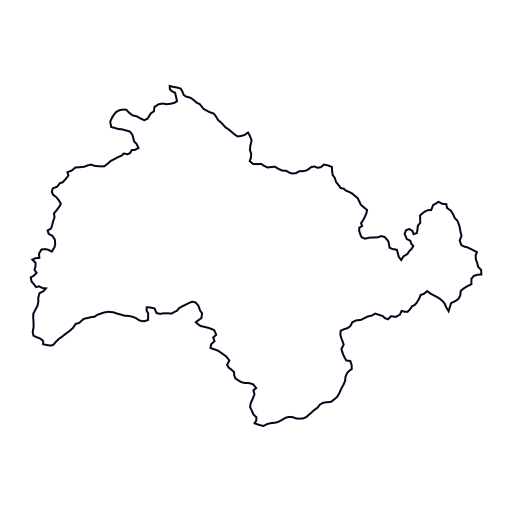 Lima Duarte, Minas Gerais, Brazil (Mercator projection)
{"feature_id": "56859067B81519323949553", "entity_name": "Lima Duarte", "entity_type": "district", "adm_level": 2, "iso_a3": "BRA", "parent_name": "Brazil", "parent_adm1": "Minas Gerais", "projection": "mercator", "projection_center": [-43.877, -21.8], "detail": "fine", "context": "isolated", "style": "outline", "palette": "ink", "viewbox_px": 512, "rotation_deg": 0, "n_neighbors": 0, "source": "geoboundaries", "source_scale": "gbopen_adm2", "svg_char_len": 5450}
<svg xmlns="http://www.w3.org/2000/svg" viewBox="0 0 512 512"><path d="M39.0,253.6L39.3,257.9L35.6,258.2L32.4,259.6L35.6,262.9L35.5,266.4L34.5,269.8L36.6,272.8L33.9,275.6L30.7,277.4L31.6,281.6L34.2,284.6L36.0,287.1L39.1,286.3L42.6,288.1L45.9,288.4L43.6,291.1L39.5,293.2L38.3,297.5L38.3,301.8L37.5,305.8L35.2,310.1L33.3,313.7L33.2,317.7L33.5,321.5L33.6,326.9L32.7,332.0L33.4,335.6L36.1,337.0L39.7,338.3L43.1,340.8L43.2,344.3L46.8,345.0L50.1,345.6L53.2,345.0L55.5,342.2L58.8,339.0L62.4,336.4L65.6,333.8L69.3,331.2L72.9,328.0L75.6,323.9L79.4,322.8L81.5,320.8L83.9,318.8L87.5,318.0L90.9,317.2L94.5,316.7L97.2,314.9L99.8,313.9L104.1,312.5L108.3,311.8L113.3,312.3L117.4,313.7L120.9,314.6L124.4,315.7L128.3,315.9L132.4,316.7L135.9,318.1L139.0,320.2L141.9,321.1L144.9,321.1L148.1,319.9L148.1,316.5L148.2,313.5L146.6,310.5L146.7,307.3L150.3,307.5L154.5,308.4L156.6,313.1L160.4,313.9L163.3,313.3L168.0,313.3L171.5,313.6L174.3,312.0L177.0,310.7L179.1,308.1L182.3,306.3L185.8,304.6L189.4,302.8L192.2,301.7L195.6,302.5L198.4,305.7L200.0,310.4L202.1,313.3L201.4,318.0L198.2,320.4L195.8,322.2L198.2,324.4L200.8,326.1L204.6,326.9L209.0,328.0L214.2,330.1L216.2,334.8L213.2,337.5L214.5,341.2L211.2,344.2L210.5,348.0L213.9,349.2L217.9,350.6L221.7,353.2L226.4,356.6L229.3,360.5L227.1,364.9L228.7,367.6L231.5,369.7L234.0,372.1L234.2,375.2L235.4,378.4L238.8,380.7L241.4,382.2L245.0,383.0L249.2,383.1L253.1,384.3L256.2,388.1L253.4,390.3L254.5,394.3L252.6,399.0L250.7,403.2L250.1,407.1L251.6,410.3L253.6,414.7L256.3,417.1L256.4,420.3L254.6,423.3L258.5,424.7L263.3,426.0L267.4,424.0L270.5,423.2L274.2,422.8L277.3,422.2L279.8,421.1L282.8,419.4L285.8,417.7L288.9,416.9L292.9,417.2L296.0,418.4L298.9,418.7L303.2,418.4L306.4,417.0L308.6,415.0L311.2,412.8L314.0,410.2L317.6,407.6L320.0,404.5L323.3,402.7L327.2,402.2L330.9,401.9L334.1,399.5L337.0,397.0L339.2,393.5L341.3,388.6L343.5,384.7L345.1,380.9L345.5,376.7L347.2,372.9L349.3,370.7L351.7,369.1L351.7,365.3L350.3,361.0L346.3,360.5L344.8,357.9L343.0,354.2L341.4,349.0L343.7,344.6L342.5,341.2L341.3,338.2L340.3,334.3L340.7,330.7L344.3,329.1L347.6,328.1L350.5,325.9L352.3,322.2L356.2,320.4L360.9,319.9L363.9,318.4L367.7,316.5L372.0,315.5L375.2,313.6L379.4,315.0L382.7,316.0L384.8,318.1L387.9,319.3L391.1,316.2L395.8,316.9L399.8,314.7L401.6,310.9L404.3,311.7L407.6,311.8L410.3,308.9L412.1,306.2L414.7,305.0L416.6,302.8L419.0,299.0L420.7,294.9L423.9,293.9L427.1,291.1L430.6,293.7L435.1,296.0L438.2,297.7L440.6,299.4L442.8,301.3L444.8,303.9L446.2,307.3L448.6,311.2L449.8,307.2L451.1,303.1L455.5,301.0L458.4,298.9L460.2,295.7L460.8,290.8L463.6,288.5L467.1,286.3L471.4,284.2L471.4,278.8L473.8,275.9L477.7,274.7L481.3,274.5L481.2,270.0L478.2,266.9L477.1,262.6L475.9,259.6L475.6,255.5L477.0,252.2L474.0,250.6L471.1,249.1L467.2,247.3L464.3,246.6L461.3,245.1L459.7,240.5L461.5,235.8L460.6,232.3L459.6,226.8L458.4,223.1L457.1,220.3L454.9,218.3L453.4,214.9L451.0,210.8L447.0,207.9L446.3,204.1L442.5,203.9L438.5,201.8L436.1,203.4L433.2,205.0L431.2,210.0L427.6,210.2L424.1,212.0L420.1,215.4L420.2,219.4L420.2,222.9L417.8,225.7L417.5,229.1L416.9,233.0L413.6,234.2L412.4,230.8L409.3,229.0L406.1,230.2L404.6,233.9L406.9,239.1L410.3,240.7L411.2,243.6L413.3,246.0L411.7,248.8L409.3,251.1L407.4,254.0L403.4,256.4L401.3,260.0L398.8,257.0L397.9,253.6L396.9,249.8L392.5,249.0L389.5,247.7L389.0,244.3L388.3,241.2L384.7,237.0L381.1,236.1L377.8,237.3L373.9,237.5L369.7,237.6L365.0,238.7L361.7,237.3L360.3,234.4L359.2,230.9L359.3,227.6L362.1,226.1L361.1,223.1L362.8,220.7L364.4,217.8L366.3,213.6L367.1,210.0L364.1,207.6L360.9,204.8L359.3,201.4L357.6,198.1L354.5,195.5L352.1,193.5L349.1,191.9L345.9,190.6L343.7,188.7L340.6,188.0L338.6,185.1L336.1,182.1L334.7,177.8L332.7,175.0L332.1,171.2L331.9,166.9L327.6,165.3L323.8,164.6L320.9,167.2L317.5,167.8L314.5,166.5L311.3,167.0L308.6,169.2L306.0,170.6L302.7,171.2L299.5,171.2L295.7,173.2L291.8,173.5L289.2,172.6L286.4,170.9L281.9,170.5L278.1,168.7L274.9,166.7L271.5,167.0L267.6,167.5L263.9,165.8L261.2,163.9L257.5,164.1L253.1,164.0L249.7,161.1L251.0,157.5L251.1,153.4L249.9,150.0L250.4,145.4L251.6,140.4L249.9,135.9L248.0,132.5L244.7,134.9L240.7,136.1L237.5,136.4L234.3,134.2L230.9,131.3L228.2,129.1L225.5,127.4L223.3,124.9L220.7,122.2L218.1,120.1L216.3,117.0L213.8,113.6L209.3,112.0L206.3,110.4L203.6,109.0L201.8,106.7L199.8,104.2L196.7,102.7L193.7,100.1L191.4,98.3L188.7,97.2L186.1,96.6L183.7,94.9L182.4,91.5L180.7,88.6L176.9,87.5L172.8,86.8L169.7,86.0L169.9,89.2L171.9,91.3L175.1,92.8L176.0,96.7L177.0,101.2L174.5,102.8L170.4,103.8L166.3,104.2L162.9,103.5L158.5,104.3L154.5,106.9L153.9,111.3L150.8,113.4L149.1,116.2L147.6,118.6L144.3,120.2L140.5,118.5L136.5,116.2L132.6,115.4L129.1,112.7L126.2,109.7L122.7,109.6L119.5,110.2L116.1,112.0L114.0,114.6L112.2,117.3L110.2,121.7L111.2,127.0L115.0,128.0L118.2,129.0L121.9,129.3L126.2,130.5L129.8,131.5L132.3,134.6L133.4,138.5L134.1,141.4L136.5,143.8L138.5,148.0L135.2,149.8L131.7,150.1L130.2,153.0L127.5,154.3L123.8,153.5L121.7,155.6L117.9,157.2L114.0,159.3L110.6,161.0L107.6,163.8L104.3,166.3L99.3,166.3L94.9,165.9L90.9,164.6L88.0,165.3L84.4,166.7L79.9,167.2L75.4,167.5L71.7,170.6L67.4,172.2L68.4,175.6L65.5,179.2L62.6,182.4L59.8,183.2L57.3,186.6L52.8,188.4L51.8,191.8L53.1,194.8L56.0,196.9L58.6,200.0L60.9,203.7L59.5,206.4L56.5,210.4L54.0,213.4L54.5,217.4L53.2,221.0L52.1,225.4L51.0,228.6L47.6,230.5L48.7,233.9L52.5,235.9L54.9,239.8L55.2,244.1L54.5,247.2L51.8,251.6L47.7,249.6L44.9,249.1L41.5,249.5L39.0,253.6Z" fill="none" stroke="#020617" stroke-width="2"/></svg>